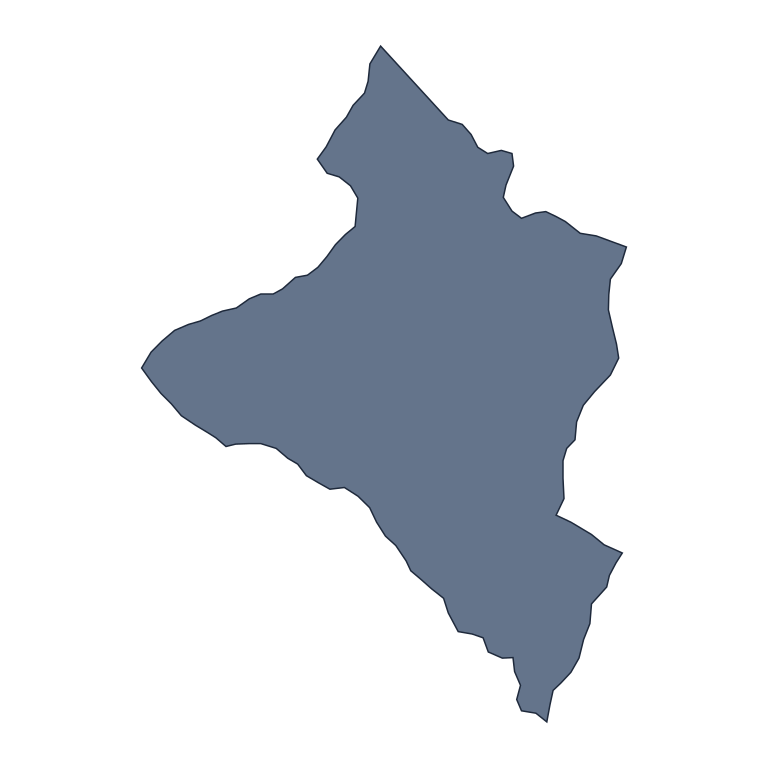 Júlio Mesquita, São Paulo, Brazil (Natural Earth projection)
{"feature_id": "56859067B97647740758227", "entity_name": "Júlio Mesquita", "entity_type": "district", "adm_level": 2, "iso_a3": "BRA", "parent_name": "Brazil", "parent_adm1": "São Paulo", "projection": "natural_earth1", "projection_center": [-49.794, -21.975], "detail": "fine", "context": "isolated", "style": "filled", "palette": "slate", "viewbox_px": 768, "rotation_deg": 0, "n_neighbors": 0, "source": "geoboundaries", "source_scale": "gbopen_adm2", "svg_char_len": 1664}
<svg xmlns="http://www.w3.org/2000/svg" viewBox="0 0 768 768"><path d="M606.7,587.0L609.4,575.4L616.0,562.9L622.3,553.0L604.1,544.8L591.5,534.5L570.9,522.2L556.1,515.2L564.0,498.6L563.0,478.3L563.0,460.7L566.7,448.4L575.0,439.8L576.6,421.9L583.3,405.3L594.6,391.6L610.4,375.0L618.7,358.1L616.5,344.1L612.4,327.3L608.4,309.9L608.8,294.5L610.4,279.1L621.3,263.6L626.4,247.0L611.4,241.5L596.2,235.9L580.2,233.3L565.3,221.5L556.4,216.7L545.8,211.6L535.5,213.0L521.5,218.3L512.0,211.1L503.3,197.4L506.0,185.1L513.6,166.1L512.0,153.5L501.3,150.4L487.7,153.5L477.8,147.3L471.1,134.5L462.2,124.4L448.3,120.0L380.6,46.1L369.9,63.9L368.1,81.3L364.5,93.1L353.1,105.3L346.4,117.2L335.1,129.9L326.2,146.8L317.3,159.1L327.2,173.3L339.2,176.9L350.5,185.8L357.8,198.1L356.4,212.8L355.1,226.5L345.4,234.5L335.5,244.6L326.8,256.7L317.9,267.3L307.4,275.2L295.4,277.4L282.5,288.9L273.2,294.0L260.8,294.0L249.3,298.8L236.3,308.0L222.4,311.1L211.8,315.4L200.3,321.0L188.6,324.4L174.6,330.4L162.1,341.0L151.1,352.1L141.6,368.0L151.5,381.7L161.0,393.5L171.4,403.9L181.3,415.7L195.3,425.1L207.2,432.3L215.9,437.8L226.0,446.5L235.7,444.1L248.9,443.6L260.8,443.6L276.2,448.4L287.8,458.3L297.7,464.1L306.4,475.7L318.3,482.7L329.9,489.2L344.4,487.5L358.0,496.2L369.7,507.7L376.6,522.2L385.5,536.2L395.8,545.5L406.2,561.0L410.8,570.8L419.7,578.3L431.7,588.9L443.6,598.3L448.3,613.0L458.2,631.6L472.1,634.0L483.1,637.8L488.3,652.0L502.3,658.1L513.0,657.6L514.6,671.6L520.5,685.3L516.7,699.5L521.5,710.8L535.9,713.2L546.8,721.9L550.0,704.6L553.1,690.4L561.0,682.9L570.9,672.3L579.0,658.1L583.6,639.5L589.9,623.6L591.5,603.9L606.7,587.0Z" fill="#64748b" stroke="#1e293b" stroke-width="1.5"/></svg>